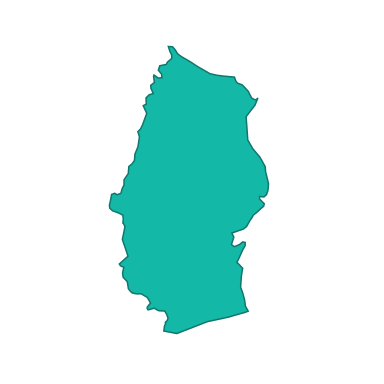 the district of Central Rivercess, River Cess, Liberia, rotated 141°
{"feature_id": "62588387B65596489935901", "entity_name": "Central Rivercess", "entity_type": "district", "adm_level": 2, "iso_a3": "LBR", "parent_name": "Liberia", "parent_adm1": "River Cess", "projection": "orthographic", "projection_center": [-9.304, 5.8], "detail": "fine", "context": "isolated", "style": "filled", "palette": "teal", "viewbox_px": 384, "rotation_deg": 141, "n_neighbors": 0, "source": "geoboundaries", "source_scale": "gbopen_adm2", "svg_char_len": 2554}
<svg xmlns="http://www.w3.org/2000/svg" viewBox="0 0 384 384"><g transform="rotate(141 192 192)"><path d="M265.5,208.9L266.0,207.2L276.0,198.9L276.8,196.8L276.8,196.7L278.0,193.6L278.3,192.6L280.8,185.9L282.2,182.4L291.9,181.9L293.1,181.8L293.8,181.8L294.0,179.6L293.8,179.2L292.4,176.4L297.0,172.7L299.2,169.0L298.7,163.1L302.3,156.9L302.3,156.2L302.4,154.1L302.3,153.1L302.0,151.2L299.4,147.9L295.6,144.9L293.1,138.2L293.7,134.3L294.2,131.8L294.7,131.7L296.2,131.4L298.8,130.8L300.0,130.1L300.3,128.0L299.6,127.7L296.3,126.2L294.5,125.5L292.9,121.3L291.9,120.0L288.7,117.2L288.1,116.7L288.7,112.9L290.0,109.1L292.2,107.7L294.8,107.5L295.0,106.6L297.9,105.0L301.4,101.7L297.2,96.7L292.8,91.5L292.4,91.4L262.9,82.0L261.6,81.5L261.3,81.4L243.0,72.1L242.3,71.8L241.9,71.6L238.8,70.3L236.5,69.4L235.9,69.1L226.3,65.0L223.3,64.0L223.0,65.8L222.3,69.7L219.1,74.9L216.2,81.5L215.9,82.2L214.1,87.5L206.3,95.8L200.6,100.9L200.7,101.7L201.0,106.3L201.4,109.0L196.9,111.1L191.0,114.1L189.5,114.9L186.9,115.9L184.5,116.8L182.4,119.3L184.0,121.3L188.2,121.3L193.6,122.9L193.6,123.0L194.4,126.3L187.9,130.6L186.8,135.0L180.1,132.6L175.5,130.9L171.4,130.8L165.0,133.3L161.5,134.3L159.0,135.4L156.5,135.4L155.6,135.4L153.0,135.4L148.2,135.8L145.3,135.8L143.2,137.4L143.3,138.1L143.9,144.0L142.3,146.0L139.3,142.9L135.9,143.0L132.0,145.4L127.3,150.3L126.1,152.8L122.6,160.2L122.3,161.0L119.1,165.8L117.6,174.6L117.3,176.5L117.5,185.4L117.5,187.7L115.9,197.4L111.0,204.3L106.3,211.1L103.4,215.2L102.5,216.5L101.0,216.8L98.0,217.6L89.4,219.6L88.6,219.7L88.5,219.8L87.2,220.5L81.6,223.6L84.4,223.3L85.8,225.6L86.5,227.6L85.5,232.3L84.9,234.9L85.3,240.4L85.6,243.6L85.6,243.8L88.1,247.9L88.1,250.8L86.7,254.6L93.4,261.1L95.2,262.9L99.3,267.2L103.6,272.7L108.7,285.9L110.7,292.2L110.8,292.7L115.1,304.1L116.2,308.6L115.6,312.9L115.7,317.1L118.8,320.0L120.8,315.0L120.9,314.3L121.5,311.5L123.6,308.6L129.5,308.4L131.6,307.3L137.6,310.4L141.5,307.9L141.5,304.9L141.5,302.7L143.5,299.7L146.5,301.8L147.9,306.8L149.1,306.1L152.3,300.7L153.3,300.8L156.9,300.9L158.7,298.4L160.1,292.9L164.0,294.5L168.5,294.1L170.3,291.7L172.2,289.1L175.6,289.8L177.7,281.6L188.1,275.4L192.2,273.4L196.1,273.0L198.1,268.0L205.5,261.2L212.6,257.3L213.7,256.1L216.9,252.7L221.1,251.6L225.0,251.6L227.2,249.3L230.0,246.4L237.1,244.3L240.4,240.3L244.0,238.6L248.2,235.7L252.0,237.1L252.8,239.6L256.0,240.7L260.6,236.8L264.5,233.7L266.1,231.2L265.6,227.5L262.2,221.8L260.3,217.5L261.3,216.0L262.6,214.1L265.3,211.3L265.0,210.8L265.5,208.9Z" fill="#14b8a6" stroke="#0f766e" stroke-width="1.5"/></g></svg>